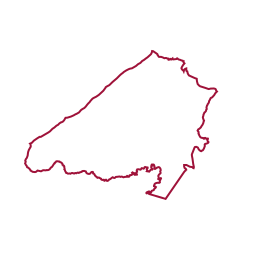 outline of Viotá, Cundinamarca, Colombia, rotated 210°
{"feature_id": "7082276B31089834197292", "entity_name": "Viotá", "entity_type": "district", "adm_level": 2, "iso_a3": "COL", "parent_name": "Colombia", "parent_adm1": "Cundinamarca", "projection": "natural_earth1", "projection_center": [-74.491, 4.439], "detail": "fine", "context": "isolated", "style": "outline", "palette": "rose", "viewbox_px": 256, "rotation_deg": 210, "n_neighbors": 0, "source": "geoboundaries", "source_scale": "gbopen_adm2", "svg_char_len": 5707}
<svg xmlns="http://www.w3.org/2000/svg" viewBox="0 0 256 256"><g transform="rotate(210 128 128)"><path d="M113.2,213.6L113.5,213.4L114.1,213.6L114.4,213.4L114.8,213.5L115.6,213.2L116.5,213.2L118.3,212.7L119.2,212.7L119.7,212.9L120.1,212.9L120.3,212.9L120.6,211.9L123.0,210.1L123.6,209.9L124.2,210.5L124.8,208.9L125.1,208.8L125.6,209.1L126.0,209.0L126.4,208.0L126.7,207.5L127.2,207.4L127.9,208.2L128.8,207.8L129.7,207.8L130.6,207.3L131.4,206.6L133.2,206.5L135.1,206.1L135.9,205.5L136.9,205.1L137.5,205.3L138.3,205.9L139.1,206.1L139.6,206.7L144.6,207.1L145.6,206.7L145.2,205.6L145.0,203.9L145.1,203.1L146.5,198.8L147.1,197.6L148.3,194.7L149.2,193.2L149.8,190.6L151.2,188.3L152.1,185.7L154.0,182.4L154.4,181.7L155.9,180.4L156.8,179.3L158.3,177.0L159.7,174.3L160.0,173.2L160.8,171.4L161.4,169.6L162.5,165.4L164.4,160.1L165.6,155.8L167.1,153.4L167.7,152.2L167.6,151.4L168.0,147.9L169.8,142.1L171.2,139.2L173.0,136.5L173.5,135.3L174.1,132.4L174.2,131.0L174.6,129.8L175.0,127.8L175.3,125.4L175.8,123.5L177.0,121.5L177.7,119.9L178.2,117.0L179.7,114.4L180.3,113.7L181.3,111.9L183.1,109.4L185.7,106.6L187.2,105.6L187.2,102.7L187.6,101.0L188.5,99.6L189.0,99.2L189.8,97.4L190.1,95.9L191.1,94.3L192.0,91.6L193.0,89.6L193.9,86.1L194.7,84.4L199.1,76.7L200.3,76.0L200.6,75.1L201.1,74.4L203.2,70.0L203.9,67.0L205.0,65.5L204.4,65.3L203.3,63.9L202.9,63.1L202.9,59.4L202.5,57.4L202.0,56.0L201.2,54.2L200.9,52.9L200.7,51.2L200.9,49.8L200.6,48.2L199.9,47.8L199.7,47.6L199.4,45.9L199.1,45.8L198.1,45.0L197.0,44.7L196.3,44.0L195.7,43.6L194.6,43.8L194.2,43.6L193.0,43.5L192.4,43.1L191.4,42.8L191.1,42.4L188.6,42.4L186.5,43.3L185.6,44.3L185.1,45.9L181.7,47.0L180.4,49.0L177.9,50.3L177.4,50.9L176.4,51.4L175.8,52.0L175.2,53.2L175.0,55.2L174.5,56.0L174.3,57.1L174.2,59.8L173.8,60.7L174.1,61.3L173.6,62.0L173.4,63.3L172.5,63.9L171.2,64.4L170.8,64.4L170.5,64.7L169.8,64.5L168.7,64.7L168.0,64.6L167.0,64.3L166.4,63.4L165.6,63.4L165.2,63.1L164.8,63.3L164.5,63.2L163.9,62.8L163.7,62.3L162.5,61.0L162.4,60.3L161.7,60.1L160.5,59.0L159.7,58.7L159.3,58.3L159.0,58.5L158.6,58.3L158.1,58.5L157.4,58.4L156.6,58.8L156.1,59.3L155.0,59.6L154.4,60.7L153.8,61.0L153.5,61.3L151.9,61.6L151.4,62.4L150.9,62.8L150.2,62.9L149.5,64.0L148.9,64.4L148.3,64.4L147.6,65.2L147.5,65.6L146.5,66.5L146.3,67.2L146.0,67.3L145.7,68.1L144.5,68.9L142.8,69.3L141.7,68.4L140.4,68.2L138.8,68.7L138.1,69.4L137.6,71.6L137.0,72.1L136.6,72.3L136.1,72.2L135.5,71.2L134.8,71.3L133.8,71.1L132.9,70.3L132.3,70.3L131.2,69.9L130.5,70.0L129.8,69.6L129.5,69.6L128.5,70.5L128.1,70.6L127.5,70.5L126.4,70.6L126.0,70.6L125.5,70.1L124.5,70.1L124.2,70.2L123.6,70.8L122.9,71.1L122.2,70.5L121.9,70.6L121.2,72.2L120.7,72.1L120.1,71.7L119.4,71.9L118.8,72.7L118.5,74.2L117.8,74.9L117.1,76.8L116.6,77.7L115.4,77.7L114.7,78.0L114.4,78.4L114.1,79.5L113.8,79.8L113.1,80.2L111.2,81.7L110.1,81.9L109.6,82.5L108.8,82.9L107.5,83.0L107.2,83.1L106.3,84.1L105.2,84.7L104.8,86.1L104.3,86.2L103.7,85.7L102.8,86.3L102.6,87.0L102.9,87.9L102.6,88.3L101.5,89.0L101.0,90.0L101.1,90.7L102.1,91.2L101.9,91.8L100.6,91.8L99.8,92.1L99.6,92.1L99.3,91.0L98.9,90.8L98.6,90.9L97.8,91.6L97.0,92.0L97.1,92.4L97.9,92.6L98.5,92.9L98.6,93.6L98.2,94.6L99.3,95.7L99.3,96.8L98.3,97.5L96.3,98.2L96.2,98.4L96.1,100.0L95.8,100.2L94.1,100.6L93.9,101.0L94.0,102.3L93.7,102.8L92.7,103.0L91.3,103.6L91.0,103.3L91.0,103.0L91.2,102.5L91.2,101.7L90.7,101.2L89.9,100.8L90.0,100.0L89.6,100.1L88.7,100.8L87.9,100.7L87.8,100.8L87.5,103.0L87.1,103.6L86.2,104.1L86.3,104.6L87.6,105.1L88.3,105.6L89.0,107.2L89.1,108.0L89.0,108.4L88.8,108.5L88.5,108.3L88.0,107.6L87.8,107.7L87.4,109.1L87.0,109.0L85.8,108.0L85.5,107.3L84.8,105.9L84.2,106.0L83.9,106.3L83.3,107.8L82.2,109.2L81.8,109.5L81.1,109.6L80.0,109.2L79.4,108.8L78.7,108.0L78.5,107.6L78.5,106.6L77.3,105.4L77.3,104.8L77.9,103.0L77.8,102.1L77.8,101.6L76.4,100.2L76.4,99.1L76.3,98.9L76.0,98.9L75.7,99.2L74.7,100.9L74.3,101.0L74.2,100.9L74.0,97.9L73.2,96.9L73.3,96.5L73.7,96.0L74.8,95.5L75.9,94.6L76.6,93.7L76.9,92.8L76.6,90.9L76.4,90.6L75.0,90.9L74.3,90.8L74.3,89.6L74.8,88.6L74.7,87.0L76.0,85.5L76.0,84.9L75.8,84.1L75.9,83.6L76.7,83.4L77.7,83.7L78.3,83.4L79.5,81.8L79.7,81.3L79.5,80.8L79.2,80.7L78.9,80.9L78.0,82.0L77.5,81.9L76.7,81.4L60.0,85.4L57.4,118.1L57.1,119.5L56.9,119.8L57.0,120.5L56.7,121.0L57.0,121.3L57.7,121.6L59.0,121.7L60.2,122.8L60.9,124.0L58.9,125.2L55.1,125.4L52.7,126.3L51.5,125.9L51.1,126.0L51.4,127.1L53.4,129.3L57.0,133.9L57.9,134.9L59.2,136.5L59.5,137.1L60.6,144.4L60.5,145.0L59.5,145.8L58.0,146.0L57.4,145.8L56.5,145.1L54.9,144.5L53.4,144.4L52.9,144.6L52.6,145.5L52.1,146.1L52.0,146.5L52.0,148.3L52.4,150.7L53.3,152.0L53.3,152.6L53.2,152.8L52.0,154.0L51.3,155.0L51.2,155.9L51.3,156.1L52.4,156.4L53.3,157.3L53.3,158.4L53.4,158.7L53.6,158.8L54.7,157.9L55.9,158.1L56.3,158.0L56.8,157.5L56.5,157.0L56.8,156.7L57.2,156.6L58.0,156.9L59.1,156.4L60.0,156.2L60.9,156.3L62.8,157.4L63.4,158.1L64.1,158.3L64.8,159.8L66.4,160.5L66.5,161.8L65.8,163.1L65.2,165.0L65.3,166.0L65.1,167.8L65.2,169.7L65.5,170.6L65.6,171.3L65.8,171.6L65.8,172.4L65.9,172.5L66.6,172.8L68.4,174.5L68.7,175.2L68.8,176.1L69.4,177.6L69.3,178.6L69.6,179.5L69.2,180.3L69.0,181.8L69.4,182.9L69.3,183.8L70.3,185.0L70.8,186.9L70.7,187.7L70.9,188.6L70.7,189.5L70.8,190.8L71.2,191.8L71.2,193.9L71.4,194.8L71.2,195.6L70.8,196.0L70.4,196.8L69.8,199.6L69.8,201.8L69.2,204.1L70.1,204.3L71.4,205.4L71.9,205.5L72.6,205.4L73.5,205.1L76.2,203.4L77.4,202.2L77.8,202.0L81.0,201.4L86.4,200.2L87.6,200.3L89.6,200.9L91.7,203.0L93.1,205.0L95.3,204.6L101.5,204.0L103.4,205.0L105.0,206.7L105.7,206.6L106.2,206.9L107.3,208.7L108.0,207.9L108.4,207.0L108.4,206.1L108.1,205.0L108.8,205.5L109.8,205.5L111.0,206.0L111.6,206.5L111.8,207.2L111.8,210.0L111.4,212.2L112.7,212.6L113.2,213.6Z" fill="none" stroke="#9f1239" stroke-width="2"/></g></svg>